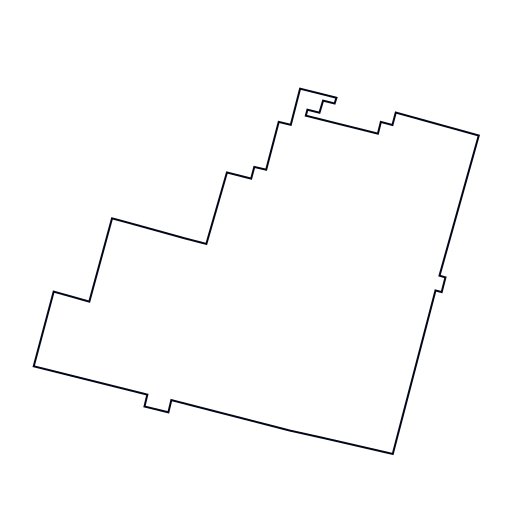 Clay, Alabama, United States of America (Albers equal-area conic projection), rotated 14°
{"feature_id": "52423323B11039676247957", "entity_name": "Clay", "entity_type": "district", "adm_level": 2, "iso_a3": "USA", "parent_name": "United States of America", "parent_adm1": "Alabama", "projection": "albers", "projection_center": [-85.88, 33.295], "detail": "fine", "context": "isolated", "style": "outline", "palette": "ink", "viewbox_px": 512, "rotation_deg": 14, "n_neighbors": 0, "source": "geoboundaries", "source_scale": "gbopen_adm2", "svg_char_len": 598}
<svg xmlns="http://www.w3.org/2000/svg" viewBox="0 0 512 512"><g transform="rotate(14 256 256)"><path d="M443.0,85.2L356.9,83.0L356.7,95.9L344.7,95.7L344.7,107.8L270.4,107.8L270.5,101.6L282.9,101.6L283.5,89.0L295.4,89.0L295.8,83.0L258.3,83.0L258.0,120.3L245.6,120.4L245.0,169.8L232.8,170.0L232.6,182.1L207.6,182.0L204.9,256.3L182.7,256.1L119.5,254.5L107.2,254.3L105.3,340.6L68.3,339.5L67.0,416.8L184.1,416.8L184.2,429.0L208.8,428.9L208.7,416.3L331.5,417.2L365.6,416.3L436.6,415.0L438.5,246.0L444.9,246.1L445.0,230.9L438.8,230.7L443.0,85.2Z" fill="none" stroke="#020617" stroke-width="2"/></g></svg>